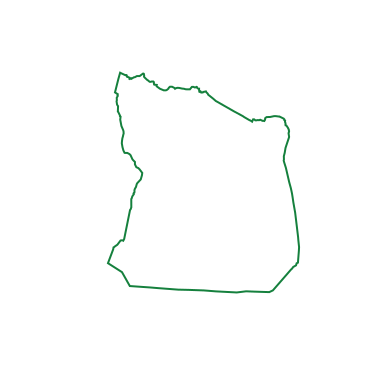 outline of San Pedro Mártir Yucuxaco, Oaxaca, Mexico, rotated 215°
{"feature_id": "50627088B78059465954493", "entity_name": "San Pedro Mártir Yucuxaco", "entity_type": "district", "adm_level": 2, "iso_a3": "MEX", "parent_name": "Mexico", "parent_adm1": "Oaxaca", "projection": "robinson", "projection_center": [-97.623, 17.452], "detail": "fine", "context": "isolated", "style": "outline", "palette": "green", "viewbox_px": 384, "rotation_deg": 215, "n_neighbors": 0, "source": "geoboundaries", "source_scale": "gbopen_adm2", "svg_char_len": 3665}
<svg xmlns="http://www.w3.org/2000/svg" viewBox="0 0 384 384"><g transform="rotate(215 192 192)"><path d="M69.3,157.8L66.4,185.4L66.1,186.6L66.1,188.6L64.7,191.6L65.4,193.6L64.7,194.9L67.7,200.0L70.7,205.1L72.7,208.3L73.4,209.1L77.4,213.7L79.3,216.0L81.9,218.9L86.1,223.6L95.7,234.3L102.9,241.5L106.2,245.0L109.2,248.1L110.9,249.7L113.3,251.9L118.0,255.8L128.9,265.6L133.3,269.0L134.9,270.3L135.3,271.3L137.3,274.0L138.5,277.2L140.7,281.8L143.9,292.5L144.1,292.9L146.6,295.5L146.7,296.0L146.9,296.2L147.0,296.4L147.0,296.8L147.4,297.6L147.8,297.8L148.3,298.4L148.7,298.8L149.0,298.9L149.5,299.1L150.0,299.5L151.0,299.9L152.6,300.5L152.8,300.6L153.6,300.3L154.0,300.7L154.8,301.9L154.9,302.0L156.1,302.8L156.6,303.8L156.8,303.8L157.2,303.8L157.2,304.0L157.9,304.4L158.2,304.3L158.4,304.5L158.9,304.7L163.6,304.0L163.7,303.8L164.0,303.7L164.8,303.3L166.7,302.3L167.5,301.8L168.2,301.3L171.1,298.2L171.7,297.8L173.9,296.1L174.4,294.4L173.6,293.1L173.5,291.6L174.7,291.1L175.1,290.7L176.0,290.6L177.6,290.3L178.2,289.3L179.3,288.7L180.5,287.5L181.3,287.0L182.6,287.2L183.6,286.6L183.1,284.1L185.2,284.1L185.6,283.9L186.2,283.8L192.2,283.3L193.9,283.3L204.2,282.1L222.9,280.4L224.6,280.2L228.2,280.6L234.6,281.0L234.8,281.1L235.5,281.6L237.4,281.9L238.3,282.4L238.9,281.8L239.7,280.8L240.2,280.5L240.2,279.8L241.0,279.1L241.6,279.1L241.7,278.8L242.4,279.0L243.3,278.3L243.7,278.6L243.6,279.2L244.1,279.1L244.4,279.3L244.7,279.6L245.4,280.6L245.7,280.3L247.3,280.2L248.2,280.8L248.6,280.7L248.7,280.4L249.1,279.9L249.5,279.3L251.2,278.9L252.4,278.0L252.6,274.9L255.0,273.2L256.4,272.4L257.7,272.0L258.8,271.4L259.5,271.0L262.2,269.9L263.8,268.9L264.7,267.8L265.1,266.9L265.6,267.2L268.0,266.9L268.7,266.8L270.4,265.6L270.8,264.1L270.6,263.1L271.0,261.6L271.2,261.1L271.7,260.3L273.4,259.1L277.5,258.2L281.6,258.3L282.0,258.8L282.3,259.5L283.1,259.1L284.4,258.3L284.7,258.3L285.6,259.2L285.7,259.4L286.2,260.1L287.1,260.3L287.9,259.7L288.2,259.6L288.9,258.7L289.6,258.1L290.3,258.0L291.2,258.1L292.5,258.2L293.0,258.1L296.9,258.7L297.3,258.9L297.7,259.3L297.8,259.7L298.0,260.0L298.4,260.4L298.7,260.6L299.0,261.0L299.3,261.2L299.7,261.1L300.0,261.0L301.4,256.9L302.0,256.5L303.6,255.4L304.7,253.2L305.4,252.6L306.5,250.1L307.1,250.3L307.3,250.0L307.7,248.9L307.9,248.9L308.1,248.8L308.8,249.8L310.6,249.4L310.9,249.2L311.1,249.5L311.9,249.4L312.3,250.0L312.6,250.2L313.0,250.1L313.9,249.4L317.9,248.7L319.3,248.5L317.2,242.5L312.2,229.4L309.9,229.5L309.7,229.5L309.0,229.6L308.7,229.2L308.6,228.6L308.4,228.3L308.0,228.0L307.9,228.0L307.7,226.0L306.2,224.1L305.8,223.0L303.6,220.7L302.9,220.3L301.8,219.9L298.9,215.4L298.6,215.4L294.5,213.1L294.2,212.9L294.2,212.7L293.7,212.7L292.3,210.1L287.7,205.6L283.7,203.1L282.7,202.2L282.1,201.4L281.6,200.8L281.4,200.3L281.1,199.4L280.5,198.0L279.8,196.0L278.7,193.8L277.4,191.6L274.6,188.8L271.9,186.6L269.7,185.4L268.8,185.9L267.4,186.9L265.0,187.2L263.4,186.9L261.9,186.0L259.5,184.6L258.3,184.3L256.0,183.9L254.6,181.9L251.8,180.4L249.7,180.8L248.0,180.5L243.7,179.1L242.6,177.0L241.2,172.9L241.9,167.9L241.8,166.8L241.0,164.6L240.8,164.1L240.6,161.8L240.2,160.5L239.1,159.0L238.9,158.4L239.1,158.1L239.1,157.3L238.4,156.8L238.4,155.2L238.4,154.3L238.2,153.5L237.8,152.4L237.7,151.4L232.9,144.6L232.8,144.1L232.4,142.9L232.4,141.6L232.2,141.2L220.6,114.6L220.4,112.7L221.0,112.7L221.3,112.4L222.1,111.9L222.7,111.3L222.9,106.0L223.9,103.3L224.2,102.1L224.5,101.6L223.7,99.9L220.0,85.5L203.4,86.2L189.0,79.3L178.5,85.6L171.7,89.7L164.5,93.9L147.3,104.1L138.3,110.1L125.8,118.2L115.6,124.2L104.4,131.2L97.7,135.4L90.7,141.7L83.7,146.2L78.8,149.4L71.3,154.3L69.3,157.8Z" fill="none" stroke="#15803d" stroke-width="2"/></g></svg>